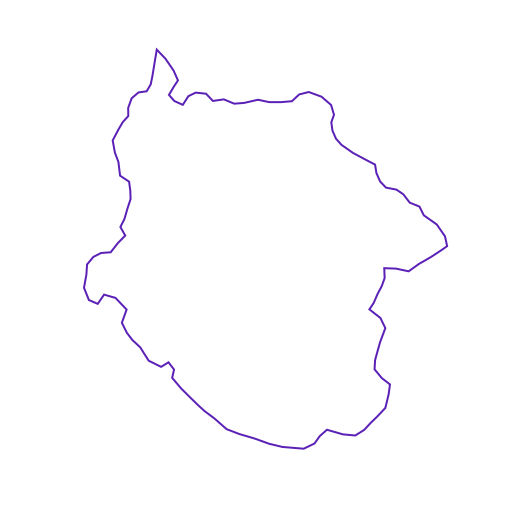 Dores de Campos, Minas Gerais, Brazil, rotated 111°
{"feature_id": "56859067B85692850284281", "entity_name": "Dores de Campos", "entity_type": "district", "adm_level": 2, "iso_a3": "BRA", "parent_name": "Brazil", "parent_adm1": "Minas Gerais", "projection": "albers", "projection_center": [-43.994, -21.101], "detail": "fine", "context": "isolated", "style": "outline", "palette": "violet", "viewbox_px": 512, "rotation_deg": 111, "n_neighbors": 0, "source": "geoboundaries", "source_scale": "gbopen_adm2", "svg_char_len": 1658}
<svg xmlns="http://www.w3.org/2000/svg" viewBox="0 0 512 512"><g transform="rotate(111 256 256)"><path d="M392.2,318.7L393.5,304.9L386.6,299.6L391.4,291.8L399.8,290.6L406.6,278.2L412.0,266.0L416.3,255.9L419.3,248.2L422.6,236.5L428.2,221.4L428.2,207.8L426.9,191.9L426.6,176.5L424.8,162.9L422.0,153.3L418.8,142.4L410.1,134.2L401.2,131.9L392.8,127.5L391.4,111.1L388.0,99.0L379.6,92.7L371.1,89.3L362.2,85.2L351.5,80.8L337.6,82.6L327.9,84.9L324.9,94.8L319.3,104.7L310.6,107.5L301.6,108.4L291.4,109.3L277.0,109.4L269.3,117.6L265.2,131.0L257.6,129.3L247.8,128.9L238.9,127.8L230.5,128.0L221.4,131.9L217.6,120.8L215.6,108.0L205.1,101.1L194.5,92.5L185.1,85.7L178.3,81.1L169.9,86.6L161.8,98.5L157.9,113.9L151.3,121.1L151.1,131.6L145.6,140.6L143.7,148.7L145.6,159.2L141.9,166.9L135.4,173.3L128.0,177.6L126.7,188.9L125.0,202.5L121.6,216.1L117.8,223.4L111.5,229.6L104.2,233.6L96.2,233.8L88.1,240.0L83.8,251.9L84.0,265.5L89.7,273.6L98.6,277.9L103.4,287.8L107.6,298.7L109.4,310.1L117.3,321.9L121.6,330.9L121.3,342.2L126.7,351.8L122.4,360.8L125.1,370.9L131.0,376.4L141.1,378.5L140.6,387.7L136.8,395.0L127.9,393.5L120.0,391.8L112.4,399.4L104.3,411.2L98.9,422.6L110.2,420.3L125.1,417.2L133.5,415.8L141.4,417.1L145.4,424.3L153.3,428.6L163.5,428.4L171.1,425.4L178.9,428.4L187.6,429.8L199.5,431.2L210.0,424.8L217.6,418.1L229.7,411.7L232.1,401.1L240.2,396.7L247.8,393.5L257.9,393.0L268.6,392.1L277.5,393.0L283.8,385.4L293.2,389.5L304.6,393.0L308.7,401.7L315.1,407.5L324.4,410.7L334.1,407.7L347.3,405.2L357.0,396.2L357.4,386.6L346.5,384.0L345.5,372.1L352.4,357.6L366.4,357.3L374.0,349.0L378.7,341.4L382.8,331.3L392.2,318.7Z" fill="none" stroke="#5b21b6" stroke-width="2"/></g></svg>